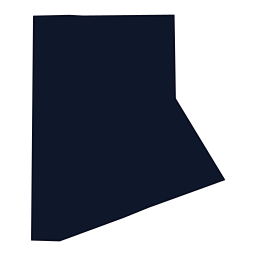 Hood, Texas, United States of America, rotated 270°
{"feature_id": "52423323B45355972710900", "entity_name": "Hood", "entity_type": "district", "adm_level": 2, "iso_a3": "USA", "parent_name": "United States of America", "parent_adm1": "Texas", "projection": "robinson", "projection_center": [-97.864, 32.396], "detail": "fine", "context": "isolated", "style": "filled", "palette": "ink", "viewbox_px": 256, "rotation_deg": 270, "n_neighbors": 0, "source": "geoboundaries", "source_scale": "gbopen_adm2", "svg_char_len": 302}
<svg xmlns="http://www.w3.org/2000/svg" viewBox="0 0 256 256"><g transform="rotate(270 128 128)"><path d="M16.2,31.8L15.4,59.7L39.2,124.4L48.8,148.0L74.1,217.8L76.4,224.2L157.4,175.1L240.6,173.8L239.7,83.3L240.4,69.3L239.6,33.8L16.2,31.8Z" fill="#0f172a" stroke="#020617" stroke-width="1.5"/></g></svg>